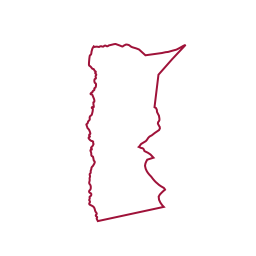 La Encarnacion, Ocotepeque, Honduras, rotated 290°
{"feature_id": "27666195B87189366820588", "entity_name": "La Encarnacion", "entity_type": "district", "adm_level": 2, "iso_a3": "HND", "parent_name": "Honduras", "parent_adm1": "Ocotepeque", "projection": "natural_earth1", "projection_center": [-89.053, 14.662], "detail": "fine", "context": "isolated", "style": "outline", "palette": "rose", "viewbox_px": 256, "rotation_deg": 290, "n_neighbors": 0, "source": "geoboundaries", "source_scale": "gbopen_adm2", "svg_char_len": 5611}
<svg xmlns="http://www.w3.org/2000/svg" viewBox="0 0 256 256"><g transform="rotate(290 128 128)"><path d="M193.0,67.9L191.4,67.5L190.6,67.4L190.0,67.4L187.4,67.6L185.6,68.0L184.7,68.1L184.3,68.0L184.0,67.9L183.2,67.4L182.9,67.4L182.5,67.4L180.1,67.9L176.4,68.9L175.1,69.3L174.0,69.7L173.6,70.0L173.4,70.2L173.3,70.4L173.1,71.2L172.9,71.8L172.5,72.6L171.9,73.5L171.6,74.1L171.5,74.3L171.5,74.6L171.6,75.4L171.5,75.8L171.3,76.1L170.9,76.5L170.5,76.8L170.3,77.3L170.1,78.0L169.8,78.5L169.5,78.6L168.9,78.3L168.7,78.3L168.2,78.5L167.9,79.0L167.7,79.6L167.5,79.8L167.3,79.9L167.0,80.0L166.8,80.0L165.9,79.8L165.3,79.9L164.9,80.1L164.3,80.6L163.9,80.8L163.6,80.8L163.3,80.7L163.2,80.6L162.8,80.2L162.5,80.0L161.7,80.0L160.9,80.2L160.1,80.6L159.7,80.9L159.3,81.2L159.0,81.7L158.8,82.5L158.5,82.8L157.9,83.1L157.3,83.3L155.9,83.6L155.0,83.6L154.7,83.5L154.4,83.2L154.2,83.0L153.9,82.9L153.7,82.9L153.3,82.9L152.8,83.2L152.6,83.3L152.2,83.3L151.7,83.1L151.3,82.7L151.0,82.5L150.5,82.3L149.8,82.4L149.6,82.3L149.3,82.1L148.8,81.6L148.3,81.4L147.9,81.2L147.4,81.1L147.2,81.2L147.0,81.4L147.0,81.5L147.0,81.8L147.2,82.3L147.2,82.6L147.1,82.9L146.9,83.2L143.7,86.1L143.0,86.6L142.1,87.1L141.3,87.3L141.1,87.3L140.9,87.2L140.4,86.8L140.2,86.7L138.3,87.5L136.9,88.3L136.2,88.6L135.9,88.6L135.7,88.4L135.5,88.1L135.5,87.6L135.5,87.3L135.3,87.1L135.0,87.0L134.7,87.0L134.4,87.2L134.3,87.5L134.2,87.9L134.1,88.1L134.0,88.3L133.8,88.5L132.7,88.8L131.4,89.1L129.6,89.3L128.6,89.4L128.2,89.4L127.7,89.3L127.3,89.1L126.6,88.6L126.1,88.4L125.6,88.3L125.1,88.3L124.7,88.4L124.3,88.5L123.4,89.0L123.0,89.1L122.6,89.1L122.2,89.0L121.9,88.9L121.0,88.5L120.5,88.3L120.1,88.3L119.2,88.4L118.6,88.4L118.2,88.2L117.5,87.8L117.3,87.7L117.0,87.7L116.6,88.0L114.1,90.0L113.9,90.3L113.7,90.9L113.5,91.2L113.1,91.9L112.3,92.7L111.6,93.3L111.0,93.8L110.4,94.2L109.9,94.5L109.5,94.5L109.2,94.4L108.9,94.1L108.6,93.9L108.3,93.9L108.0,93.9L107.8,94.0L107.6,94.2L107.4,94.4L107.3,94.8L107.2,94.9L107.0,95.1L106.8,95.1L106.7,95.1L106.3,94.8L106.2,94.5L105.9,94.4L105.7,94.3L105.3,94.4L105.1,94.4L104.9,94.6L104.7,94.8L104.1,95.7L103.8,96.3L103.5,97.1L103.4,97.6L103.3,98.1L103.4,98.5L103.5,99.1L103.5,99.3L103.3,99.7L103.1,100.0L102.8,100.1L102.3,100.2L102.1,100.3L101.7,100.6L101.3,101.0L101.1,101.1L99.8,101.0L99.2,100.9L98.5,100.7L97.5,100.2L97.1,100.1L96.8,100.1L96.5,100.1L96.3,100.3L96.2,100.4L96.2,100.9L96.1,101.0L95.7,101.3L95.3,101.3L95.1,101.1L94.8,100.7L94.6,100.4L94.3,100.4L94.0,100.4L93.5,100.7L92.7,101.5L92.0,101.9L91.3,102.3L90.4,102.6L90.0,102.8L89.7,103.0L89.3,103.5L89.2,103.8L89.2,104.5L88.9,104.9L88.8,105.1L85.7,107.0L85.5,107.3L85.3,107.8L85.2,108.0L84.7,108.4L84.3,108.5L83.6,108.5L82.9,108.5L81.9,108.3L80.3,108.0L79.7,107.7L79.0,107.4L78.4,107.3L78.1,107.3L77.2,107.5L76.7,107.6L74.9,107.6L74.6,107.7L74.0,108.0L73.3,108.2L72.8,108.2L72.1,107.9L71.8,107.8L71.5,107.8L71.2,107.9L70.7,108.1L70.0,108.7L69.5,108.9L69.0,109.0L68.2,109.0L67.8,109.1L67.3,109.2L66.3,109.7L65.7,109.9L65.1,110.0L64.0,110.1L63.1,110.3L62.7,110.6L62.4,110.8L62.2,111.1L61.7,111.9L61.1,112.5L60.3,113.0L59.3,113.4L58.2,113.7L57.6,113.7L57.0,113.6L56.4,113.3L55.9,113.1L55.4,113.1L54.9,113.2L54.5,113.5L54.3,113.7L54.2,113.9L54.0,114.4L54.0,115.2L53.8,115.6L53.5,116.0L53.1,116.2L52.3,116.4L52.0,116.4L51.7,116.3L51.2,116.1L50.6,115.6L50.3,115.5L50.1,115.5L49.7,115.6L49.1,116.0L48.7,116.1L48.1,116.2L47.4,116.1L47.0,116.2L46.7,116.4L46.4,116.9L46.1,117.2L45.8,117.4L45.5,117.5L45.2,117.6L44.9,117.6L44.3,117.4L44.0,117.4L43.7,117.4L43.5,117.5L43.1,117.8L42.9,118.2L42.8,118.8L42.7,119.8L42.6,120.6L42.4,121.8L42.2,122.3L42.0,122.8L41.7,123.2L41.4,123.6L40.5,124.4L39.2,125.3L38.7,125.7L38.2,126.2L37.5,127.3L37.1,127.7L36.8,127.9L36.4,127.9L36.1,127.9L35.6,127.7L35.3,127.6L35.0,127.6L34.6,127.7L34.4,127.9L34.2,128.2L34.1,128.5L34.0,129.0L33.9,129.2L33.8,129.4L33.6,129.5L33.3,129.6L32.5,129.5L32.3,129.5L32.1,129.6L31.6,130.0L30.9,130.8L30.2,131.5L66.1,188.6L67.0,186.8L68.2,185.0L69.1,183.8L71.2,181.7L74.0,180.3L76.4,180.7L78.9,181.8L80.9,182.8L82.7,183.9L83.4,183.1L84.0,182.0L84.2,180.7L84.6,178.6L85.2,176.4L86.0,174.4L86.5,173.0L87.4,171.1L88.7,168.8L90.2,166.5L91.5,163.9L92.8,161.8L93.9,160.4L95.7,158.6L98.3,156.9L100.7,156.5L102.8,156.6L104.8,156.9L108.8,162.1L110.7,158.4L111.1,157.0L111.5,155.3L111.7,153.8L111.8,152.4L112.0,151.3L112.8,150.6L113.7,149.6L114.0,148.5L113.7,147.3L113.9,144.6L114.7,145.0L116.3,145.4L117.5,145.8L118.5,146.6L120.1,147.9L121.7,149.2L123.2,149.8L125.7,150.4L127.4,151.2L129.3,152.9L132.4,154.8L136.7,157.9L138.5,158.1L139.9,157.4L140.4,156.7L141.1,155.9L142.3,154.6L143.7,154.3L144.8,154.7L146.3,154.8L147.8,154.2L149.0,153.5L150.1,152.9L151.0,151.9L152.1,150.7L153.1,149.7L154.9,148.9L156.3,147.5L156.6,145.8L188.5,138.4L207.9,146.0L225.8,153.7L224.9,152.7L224.2,152.0L220.7,149.0L218.4,146.9L217.9,146.3L215.9,143.4L213.5,140.1L213.1,139.5L212.2,137.6L211.4,136.3L210.1,134.3L202.3,119.5L203.6,116.3L205.2,112.4L205.5,111.7L205.6,110.1L205.6,108.0L205.4,105.1L205.4,104.1L205.4,103.4L205.6,102.8L206.0,101.4L206.2,100.7L206.2,99.8L206.1,98.9L205.9,98.0L205.7,97.7L205.6,97.4L204.0,95.9L203.4,95.5L202.8,95.1L202.7,94.9L202.6,94.7L202.6,94.2L202.7,91.9L202.7,88.1L202.7,87.7L202.6,87.4L202.3,86.8L202.0,86.2L199.2,82.0L198.9,81.6L198.1,81.1L197.7,80.6L197.6,80.3L197.6,80.0L197.6,79.7L197.7,79.3L197.7,78.9L197.7,78.6L197.6,78.3L197.4,78.0L197.2,77.7L196.9,77.5L196.4,77.2L196.0,76.9L195.9,76.6L195.8,76.2L195.7,75.9L195.7,75.1L195.6,74.8L195.5,74.5L195.2,73.9L194.5,73.4L194.2,73.0L194.1,72.5L193.9,71.4L193.7,70.7L193.3,69.8L192.7,68.8L193.0,67.9Z" fill="none" stroke="#9f1239" stroke-width="2"/></g></svg>